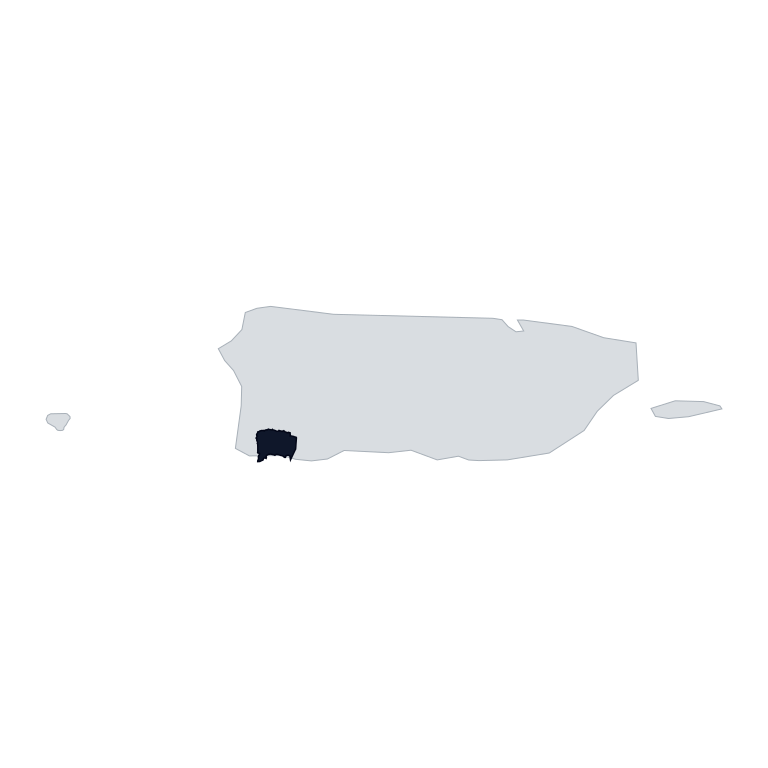 Lajas, Puerto Rico (highlighted)
{"feature_id": "32010507B28103012902602", "entity_name": "Lajas", "entity_type": "district", "adm_level": 2, "iso_a3": "PRI", "parent_name": "Puerto Rico", "parent_adm1": "", "projection": "albers", "projection_center": [-67.049, 18.006], "detail": "fine", "context": "in_parent", "style": "filled", "palette": "ink", "viewbox_px": 768, "rotation_deg": 0, "n_neighbors": 0, "source": "geoboundaries", "source_scale": "gbopen_adm2", "svg_char_len": 2901}
<svg xmlns="http://www.w3.org/2000/svg" viewBox="0 0 768 768"><path d="M508.1,326.6L516.0,331.8L523.7,331.0L517.4,320.0L523.1,320.0L572.1,326.5L603.6,337.7L636.0,342.9L638.3,380.3L613.5,395.4L597.3,411.2L584.1,430.5L549.3,453.0L507.2,459.9L479.1,460.6L468.7,460.0L458.4,456.2L437.2,459.9L411.0,450.2L388.6,452.7L344.1,450.5L327.4,459.0L311.4,460.9L295.7,459.3L282.4,455.5L249.4,455.9L235.4,448.4L241.2,405.8L241.7,386.5L233.6,370.6L224.7,360.6L218.3,348.7L231.3,340.9L241.9,329.6L245.3,312.5L256.9,308.3L270.6,306.4L333.5,314.3L492.9,318.3L502.0,319.7L508.1,326.6ZM688.6,416.7L668.5,418.5L655.4,416.4L651.0,408.4L675.2,400.8L703.6,401.6L719.9,405.9L721.9,408.9L688.6,416.7ZM62.6,430.3L60.2,430.6L57.8,430.3L56.7,429.5L55.0,427.1L47.8,423.0L46.1,419.3L47.7,415.4L50.7,413.8L65.5,413.5L67.1,413.8L70.0,416.6L70.1,418.5L68.6,420.3L66.0,425.0L64.9,426.2L64.0,427.4L63.7,429.5L62.6,430.3Z" fill="#d9dde1" stroke="#a8b0b8" stroke-width="1"/><path d="M257.7,461.6L259.8,461.5L261.8,460.5L262.9,460.1L263.6,458.4L264.4,458.0L264.8,457.9L265.5,458.1L266.1,458.4L266.4,457.4L266.2,457.1L266.0,456.8L266.5,455.7L267.3,454.9L268.5,454.4L268.8,454.3L269.0,454.3L270.4,454.1L271.6,454.3L273.8,454.8L274.0,454.8L274.9,455.3L275.2,455.0L275.6,454.6L276.9,454.3L277.0,454.4L277.8,454.5L278.3,454.6L278.5,454.6L279.5,454.9L279.9,455.1L280.9,455.5L281.0,455.5L281.5,455.6L282.2,455.7L282.5,455.7L283.3,456.4L283.4,456.5L284.3,457.2L284.6,457.4L285.5,457.4L285.6,457.1L285.7,456.8L285.7,455.9L287.0,455.3L288.4,455.2L289.7,455.9L289.8,455.9L290.1,456.8L290.2,457.1L290.2,458.1L290.3,458.5L290.5,459.8L295.4,449.4L295.6,449.2L295.8,446.7L295.9,444.9L296.0,443.4L296.4,438.2L296.2,438.2L296.2,437.4L295.9,437.1L294.5,437.0L293.9,436.5L290.2,435.8L290.4,435.4L290.1,434.3L290.3,434.0L290.0,433.4L290.1,432.8L288.3,432.3L287.8,432.8L287.4,432.8L287.0,432.8L286.9,432.5L286.1,432.2L285.3,432.1L284.6,431.3L284.2,431.2L283.8,430.7L283.3,431.0L282.8,431.0L282.5,431.4L282.0,431.4L281.7,431.1L281.2,431.2L279.3,430.5L278.9,430.5L278.9,431.1L277.3,431.3L276.8,431.2L276.5,431.3L276.3,431.1L275.7,430.8L274.6,430.3L274.3,430.3L273.0,429.9L272.4,429.4L272.2,429.8L271.6,429.9L270.1,429.6L269.2,429.5L268.3,429.1L267.9,429.4L267.5,429.7L266.9,430.0L266.5,429.8L266.0,429.8L265.3,430.4L264.8,430.3L264.1,431.0L263.3,430.4L262.7,430.5L262.1,430.7L261.4,430.5L260.2,431.0L260.0,430.9L259.7,431.3L259.2,431.5L258.8,431.6L258.5,431.8L257.9,431.8L257.5,433.1L256.9,433.9L256.6,434.5L256.7,435.3L257.1,435.4L257.4,436.2L256.8,436.7L256.2,437.8L256.2,438.4L256.8,438.7L256.7,439.1L256.8,439.5L256.8,440.4L257.5,442.0L257.6,442.7L257.3,443.5L257.7,444.2L257.8,447.2L257.8,447.7L257.8,451.9L257.6,452.4L257.8,452.9L258.2,453.1L258.8,453.1L259.4,453.3L259.6,453.6L259.2,454.9L258.7,455.6L258.7,456.0L258.3,456.6L258.6,458.4L258.3,459.1L258.2,459.8L257.8,460.6L257.7,461.5L257.7,461.6Z" fill="#0f172a" stroke="#020617" stroke-width="1.5"/></svg>